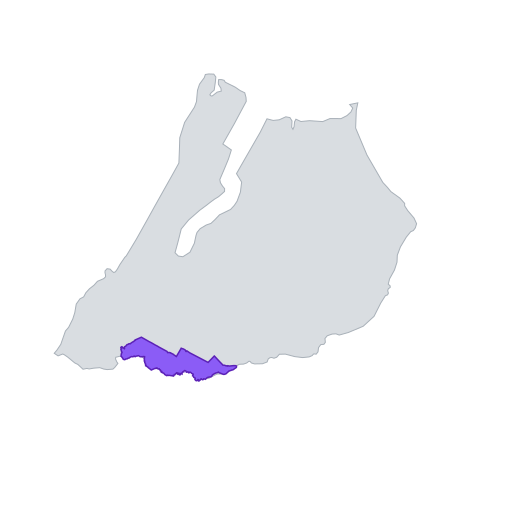 location of Bakel, Tambacounda, Senegal, rotated 119°
{"feature_id": "50182788B16013842146029", "entity_name": "Bakel", "entity_type": "district", "adm_level": 2, "iso_a3": "SEN", "parent_name": "Senegal", "parent_adm1": "Tambacounda", "projection": "mercator", "projection_center": [-12.18, 14.211], "detail": "fine", "context": "in_parent", "style": "filled", "palette": "violet", "viewbox_px": 512, "rotation_deg": 119, "n_neighbors": 0, "source": "geoboundaries", "source_scale": "gbopen_adm2", "svg_char_len": 8480}
<svg xmlns="http://www.w3.org/2000/svg" viewBox="0 0 512 512"><g transform="rotate(119 256 256)"><path d="M385.8,237.8L391.4,247.8L390.2,252.5L388.9,259.4L392.1,264.5L395.8,267.7L398.5,270.8L401.4,274.9L401.9,283.2L401.3,289.2L403.2,291.9L404.9,295.3L404.5,298.1L403.5,300.6L399.9,303.9L399.3,310.1L405.1,317.6L408.8,321.7L408.8,324.0L409.8,326.6L412.6,329.6L414.2,328.9L416.1,326.4L416.9,324.7L421.9,325.5L424.3,326.3L427.5,331.1L428.7,334.4L429.4,338.5L432.8,343.6L435.7,347.2L436.3,349.4L438.9,352.4L437.2,359.2L437.4,362.6L435.7,371.7L435.3,375.9L435.4,377.5L439.3,380.7L438.9,385.3L434.9,384.5L427.9,383.9L414.0,386.3L409.2,385.3L400.0,385.7L393.5,387.0L385.2,389.9L378.8,389.2L375.3,386.9L370.7,387.0L365.5,385.8L360.0,383.5L355.0,382.4L349.6,378.2L347.1,377.5L345.3,378.6L343.8,380.0L342.2,380.8L339.3,380.1L338.2,377.2L339.1,374.5L339.4,372.4L338.0,371.3L334.7,370.9L329.4,370.9L320.7,370.1L318.8,369.5L299.5,368.8L279.5,368.7L262.5,368.7L241.2,368.6L226.1,368.5L212.1,368.5L201.2,374.0L189.5,380.0L173.7,383.2L155.6,382.0L149.8,382.9L143.8,385.6L139.4,387.5L133.1,388.7L125.0,387.7L121.8,388.3L119.7,385.6L117.4,381.1L118.9,377.9L123.8,375.8L131.2,373.0L135.1,374.4L137.4,374.5L137.8,372.8L137.1,371.8L131.5,369.4L128.6,366.3L126.2,368.1L124.1,372.0L122.4,373.1L119.8,374.2L118.4,371.6L117.8,369.1L118.9,367.1L118.4,356.0L119.0,350.1L118.7,345.0L122.2,341.6L125.5,339.5L138.5,339.3L150.6,339.1L162.2,339.2L174.1,339.3L175.2,329.0L179.0,328.2L184.6,327.1L195.1,325.9L206.7,324.7L209.2,322.6L211.1,319.2L212.3,316.1L214.8,314.8L218.0,315.9L222.3,317.5L226.7,320.0L231.8,322.3L235.2,323.7L243.3,327.4L257.2,332.4L268.6,334.5L282.5,330.8L292.4,328.4L293.7,323.9L292.1,319.6L284.7,315.6L274.6,316.1L271.5,317.1L266.8,318.5L264.0,319.0L259.2,318.1L253.1,314.6L249.3,311.2L244.0,309.5L237.7,307.9L227.6,300.8L222.3,299.5L217.3,299.1L207.7,300.6L198.3,304.4L193.4,313.0L184.0,312.9L164.1,312.6L145.8,312.3L130.7,312.9L129.1,306.7L125.6,301.7L119.8,297.4L118.5,293.4L120.4,290.0L126.1,287.2L127.3,285.1L124.4,285.4L120.0,287.3L117.0,287.4L116.6,281.9L111.7,274.8L106.1,262.8L99.9,257.9L94.6,248.2L89.1,244.5L84.0,242.8L79.7,243.1L78.1,247.5L72.7,241.2L80.0,238.9L95.8,230.9L113.9,207.9L130.2,180.7L132.3,174.2L134.3,169.3L135.6,158.2L137.9,151.5L140.1,150.3L142.8,145.2L146.2,136.2L149.9,131.2L154.1,130.3L157.4,130.7L159.8,132.5L166.6,133.7L178.0,134.1L186.8,132.8L193.0,129.7L201.1,128.1L211.2,128.1L216.5,126.7L217.1,124.2L218.4,123.4L220.5,124.4L222.5,124.0L224.3,122.2L226.2,122.1L228.0,123.6L236.5,124.1L251.5,123.5L265.5,128.2L278.2,138.2L284.8,144.9L285.3,148.3L287.4,151.6L291.2,155.0L294.7,155.7L297.9,153.5L300.3,153.8L302.1,156.4L305.8,156.9L309.8,155.3L312.7,155.8L313.3,157.4L313.9,158.2L315.9,158.6L318.5,160.6L322.2,165.9L325.2,173.3L327.6,182.8L330.6,187.9L334.5,188.8L336.7,190.7L337.1,193.0L338.2,194.5L340.1,195.4L343.3,194.9L347.1,198.1L351.1,205.0L351.8,208.2L351.1,209.9L351.4,211.1L354.1,212.3L356.6,214.5L358.7,218.0L363.2,221.0L370.1,223.7L375.1,227.6L378.2,232.9L384.5,237.3L385.8,237.8Z" fill="#d9dde1" stroke="#a8b0b8" stroke-width="1"/><path d="M409.2,325.3L409.2,325.2L409.2,324.9L410.1,322.8L410.6,322.3L410.6,322.0L410.6,321.4L410.5,320.9L410.2,320.4L409.7,320.2L409.0,319.7L408.6,319.0L408.4,318.8L407.6,318.4L407.4,318.3L407.2,318.1L406.5,317.3L405.4,317.0L405.0,316.6L404.3,316.1L404.2,315.8L404.1,315.5L404.1,315.3L403.6,314.6L403.2,314.3L402.6,314.1L402.6,313.6L402.7,313.1L402.6,312.8L401.8,312.4L401.3,311.8L401.2,311.5L400.4,310.9L400.2,310.6L400.1,310.3L400.2,309.7L400.3,309.1L400.1,308.1L399.7,307.6L399.6,307.2L399.1,306.6L399.1,306.3L398.9,306.0L398.4,305.6L398.1,304.8L398.4,304.8L398.6,304.7L398.8,304.3L399.0,304.3L399.1,304.2L399.4,304.1L399.5,304.1L399.9,303.9L400.1,303.9L400.3,303.6L400.7,303.5L401.2,303.1L401.4,303.0L401.5,302.8L401.9,302.9L402.2,302.6L402.3,302.4L402.3,302.1L403.2,301.6L403.3,301.3L403.5,301.1L403.9,300.5L403.9,300.3L404.0,300.2L404.6,300.0L404.6,299.7L404.8,299.5L405.3,299.4L405.5,299.3L405.5,299.1L405.3,298.6L405.5,298.4L405.5,297.5L405.7,297.1L405.6,296.4L405.9,296.1L406.1,294.7L406.5,292.3L403.7,290.2L403.4,289.9L403.1,289.7L403.0,289.4L403.0,289.2L402.9,289.0L402.5,288.7L402.3,288.8L402.2,288.7L401.9,288.4L402.0,288.1L402.2,287.7L402.3,287.6L402.3,287.4L402.2,286.9L402.0,286.5L401.7,286.2L401.6,285.9L402.1,285.6L402.1,285.2L402.0,284.5L402.4,284.4L402.5,284.1L402.9,283.7L402.6,282.9L402.6,282.5L402.7,282.4L402.9,282.2L403.2,282.1L403.5,282.2L403.4,280.5L403.3,280.4L403.2,280.0L403.5,279.1L403.7,278.7L403.9,278.5L403.9,278.0L403.9,277.6L404.0,276.3L403.9,276.1L403.6,276.0L403.2,275.8L403.2,275.0L403.1,274.9L402.6,274.4L402.1,273.1L401.8,272.2L401.4,271.2L401.1,270.1L400.9,270.0L400.7,270.2L400.6,269.9L400.7,270.0L400.7,269.9L400.2,269.9L399.9,269.8L399.6,269.9L399.6,269.7L399.3,269.4L399.1,269.4L398.9,269.3L398.5,269.4L398.0,269.4L397.8,269.0L397.7,268.9L397.1,268.9L396.9,268.8L396.9,268.7L396.6,268.8L396.5,268.7L396.4,268.6L396.4,268.4L396.5,268.4L396.8,268.4L397.0,268.2L396.9,267.9L397.0,267.9L397.1,267.7L396.9,267.6L396.7,267.6L396.4,267.7L396.4,267.4L396.2,267.1L396.3,267.1L396.5,266.9L396.5,267.0L396.6,267.3L396.6,267.1L396.8,267.2L396.7,267.1L397.0,267.0L396.9,267.1L396.9,267.3L397.2,267.0L397.1,266.9L396.9,266.9L396.9,266.6L396.5,266.5L396.4,266.3L396.4,266.1L396.5,266.1L396.7,265.9L396.8,265.9L397.0,265.8L397.0,265.6L396.9,265.6L397.0,265.4L397.0,265.1L396.7,264.7L396.4,264.6L396.1,264.7L395.9,264.8L395.6,265.1L395.4,264.9L395.2,264.9L395.0,264.7L394.9,264.3L395.1,263.8L395.1,263.5L394.9,263.6L395.0,263.8L394.8,263.9L394.4,263.8L394.2,264.0L393.3,264.0L392.8,263.8L392.8,263.6L392.6,263.4L392.4,263.0L392.2,263.1L391.8,263.3L391.7,263.3L391.6,263.2L391.4,263.1L391.0,262.8L390.7,262.7L390.7,262.2L390.6,261.6L390.8,261.3L391.3,260.8L391.4,260.6L391.3,260.4L390.9,259.9L390.4,259.5L390.3,259.4L390.4,259.1L390.8,258.3L390.8,258.2L390.6,257.9L389.7,257.6L389.5,257.3L389.5,256.5L389.9,255.3L389.7,253.9L389.9,253.6L390.2,253.4L390.8,253.5L391.1,253.5L391.5,253.4L391.5,252.8L391.7,252.3L392.3,251.6L392.3,249.9L392.5,249.8L393.2,249.7L393.4,249.7L393.7,249.4L393.9,248.8L394.1,248.2L394.0,247.8L393.9,247.5L393.7,247.2L393.2,247.1L392.2,246.9L392.1,246.7L392.1,246.4L392.7,246.1L393.0,245.9L393.1,245.7L393.1,245.4L392.9,245.2L392.5,245.4L392.4,245.3L392.2,245.2L391.7,244.7L390.6,244.7L390.1,244.5L389.9,244.1L390.2,243.6L390.2,243.1L390.1,242.7L389.7,242.3L389.5,242.2L389.0,242.3L388.7,242.1L388.4,240.5L386.0,239.7L385.5,239.3L384.2,237.8L383.8,237.2L383.4,236.8L383.0,236.5L382.6,236.4L382.0,236.5L381.7,236.4L381.4,236.5L380.8,236.2L380.5,236.2L379.8,235.6L379.6,235.5L379.2,235.5L378.4,234.8L377.8,234.4L376.8,233.3L376.5,233.0L375.8,232.7L375.8,232.3L375.9,231.8L376.0,231.3L375.8,230.7L375.4,227.6L375.2,226.8L374.8,226.4L374.6,225.9L374.1,225.7L373.8,225.4L373.2,224.9L372.4,224.8L372.0,224.6L369.7,223.9L368.1,222.3L367.7,222.1L366.9,221.1L366.1,220.6L364.9,220.1L363.3,219.3L363.1,219.2L362.7,219.2L362.2,219.4L361.8,219.7L361.7,220.2L361.7,220.5L362.9,222.7L365.2,226.0L365.4,226.7L365.5,227.1L365.9,227.3L365.8,227.5L366.1,227.9L366.0,228.1L366.3,228.4L366.4,228.5L366.7,229.5L366.7,230.1L366.7,230.3L367.3,231.6L367.5,232.0L366.9,233.7L366.4,235.5L363.9,243.2L363.7,244.0L372.3,246.3L372.8,267.1L372.5,270.4L373.4,270.8L373.4,271.1L372.9,271.5L372.5,272.5L372.5,274.4L372.8,275.8L372.9,276.7L374.0,276.7L382.5,276.9L382.5,277.8L382.3,278.5L382.4,279.0L382.3,279.4L382.3,279.8L382.0,280.4L382.1,281.1L382.1,282.4L382.2,282.6L382.1,282.9L382.1,283.1L382.3,283.5L382.1,284.0L382.4,284.6L382.4,285.0L382.5,285.3L382.9,285.8L383.3,286.3L383.2,286.5L382.9,287.2L382.6,287.5L382.7,297.0L382.6,298.8L382.7,300.7L382.6,305.1L382.7,307.9L382.6,316.9L383.8,317.8L387.9,320.9L388.0,320.7L388.4,320.8L389.0,321.2L389.9,321.5L390.6,321.8L390.8,322.1L392.7,323.1L393.7,323.4L393.9,323.7L394.1,324.3L394.3,324.5L394.6,324.8L395.1,324.9L395.2,325.1L395.7,325.4L396.1,325.9L396.6,325.9L397.1,326.1L397.5,326.1L398.2,326.3L398.5,326.6L398.8,326.7L399.2,327.0L399.4,327.0L399.6,326.8L400.0,326.7L400.7,326.1L400.8,326.1L400.7,326.5L400.8,327.0L400.7,327.1L400.7,327.6L400.9,328.0L400.7,328.5L400.4,328.9L400.7,329.2L400.6,329.6L401.4,329.9L401.7,329.8L402.1,329.2L402.2,328.9L402.3,328.9L402.9,329.0L403.1,328.7L403.4,328.7L403.8,328.1L404.1,328.0L404.4,327.7L404.7,327.4L404.8,327.0L405.2,326.5L405.6,326.4L406.2,326.6L406.7,326.4L406.9,326.2L407.6,326.1L408.2,325.9L408.7,325.6L409.0,325.5L409.2,325.3Z" fill="#8b5cf6" stroke="#5b21b6" stroke-width="1.5"/></g></svg>